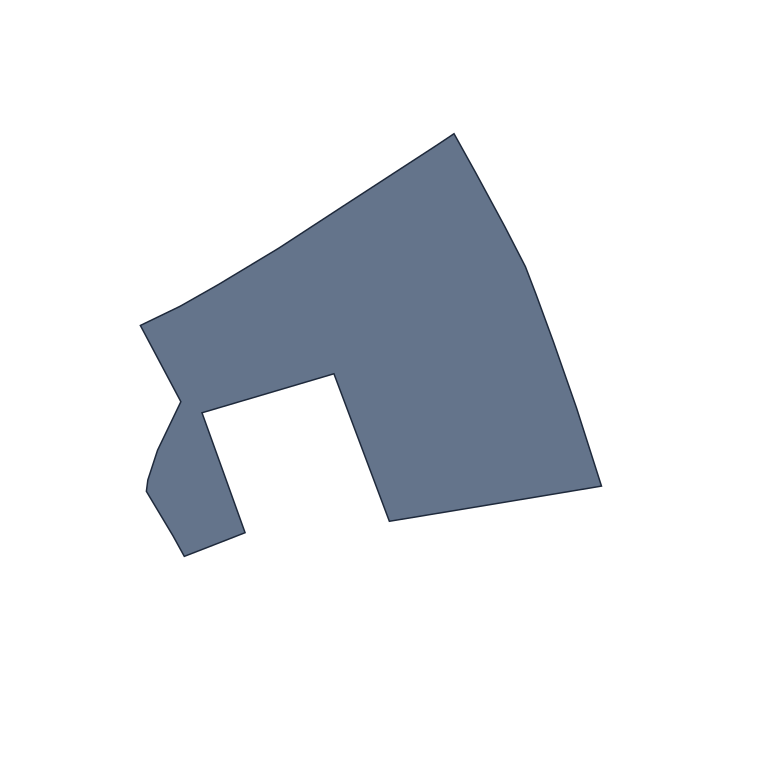 outline of Arad, Arad, Romania, rotated 121°
{"feature_id": "2599482B31785088370324", "entity_name": "Arad", "entity_type": "district", "adm_level": 2, "iso_a3": "ROU", "parent_name": "Romania", "parent_adm1": "Arad", "projection": "orthographic", "projection_center": [21.166, 46.054], "detail": "fine", "context": "isolated", "style": "filled", "palette": "slate", "viewbox_px": 768, "rotation_deg": 121, "n_neighbors": 0, "source": "geoboundaries", "source_scale": "gbopen_adm2", "svg_char_len": 543}
<svg xmlns="http://www.w3.org/2000/svg" viewBox="0 0 768 768"><g transform="rotate(121 384 384)"><path d="M401.0,432.2L479.0,333.8L498.9,308.7L474.6,280.1L367.2,154.0L359.5,145.0L345.7,160.7L305.4,206.6L260.5,260.6L228.9,299.8L210.6,323.2L186.7,361.8L156.0,413.7L133.4,452.9L153.7,462.5L252.5,510.6L321.8,544.2L384.8,577.6L422.5,598.9L459.3,623.0L503.8,549.0L557.4,544.0L587.9,537.0L598.4,532.4L622.8,486.7L634.6,466.4L608.8,446.4L583.0,426.5L542.7,475.8L502.4,525.2L401.0,432.2Z" fill="#64748b" stroke="#1e293b" stroke-width="1.5"/></g></svg>